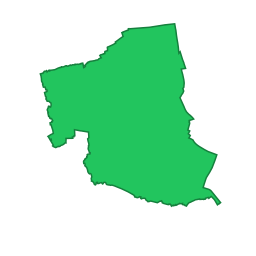 outline of Bang Len, Nakhon Pathom, Thailand, rotated 346°
{"feature_id": "78962969B43519510241877", "entity_name": "Bang Len", "entity_type": "district", "adm_level": 2, "iso_a3": "THA", "parent_name": "Thailand", "parent_adm1": "Nakhon Pathom", "projection": "albers", "projection_center": [100.172, 14.035], "detail": "fine", "context": "isolated", "style": "filled", "palette": "green", "viewbox_px": 256, "rotation_deg": 346, "n_neighbors": 0, "source": "geoboundaries", "source_scale": "gbopen_adm2", "svg_char_len": 5618}
<svg xmlns="http://www.w3.org/2000/svg" viewBox="0 0 256 256"><g transform="rotate(346 128 128)"><path d="M197.0,66.6L195.5,67.8L195.6,66.2L195.9,64.8L196.3,62.2L196.8,57.4L197.0,54.5L197.4,50.1L198.1,44.5L198.1,43.5L198.5,38.2L188.3,36.8L183.4,36.4L173.4,35.5L154.0,32.2L152.4,32.1L152.5,31.8L152.3,31.8L151.7,33.2L150.6,33.1L146.2,33.7L146.2,34.0L145.1,34.0L145.4,38.0L142.7,39.0L138.1,40.9L136.5,41.5L136.7,42.6L133.6,43.5L128.4,44.5L127.7,44.5L127.3,45.1L127.3,46.6L126.8,47.5L126.8,48.0L124.4,48.1L124.3,48.4L123.9,48.5L123.5,50.2L121.9,50.1L121.8,50.4L119.2,50.4L118.2,50.8L119.0,53.4L117.8,53.5L116.7,53.8L116.3,53.9L116.0,54.3L115.0,54.6L113.9,54.5L113.4,54.4L112.3,54.6L111.4,54.5L110.5,54.5L108.9,54.3L108.4,54.4L108.1,54.2L107.7,54.3L107.2,54.1L106.5,54.5L105.5,54.3L104.8,54.6L104.6,55.2L104.1,55.0L103.8,55.2L103.5,55.3L103.3,55.6L102.7,55.9L102.5,56.2L102.0,56.2L101.7,57.0L101.3,57.0L101.5,57.9L100.2,58.6L99.6,58.7L99.8,56.4L99.8,54.1L98.5,54.0L98.4,54.2L97.9,54.0L97.6,54.1L97.4,54.4L96.8,54.2L96.2,54.2L96.1,54.3L95.9,54.2L95.6,54.2L95.2,54.3L94.6,53.9L93.5,53.8L92.9,53.6L92.7,53.7L92.1,53.3L91.7,53.8L89.3,53.2L87.9,53.6L87.5,53.0L87.1,53.0L84.6,53.5L84.3,53.3L83.8,53.3L83.6,52.8L83.4,52.7L82.5,52.6L80.3,53.1L79.2,52.9L78.5,52.6L78.2,52.5L78.1,53.0L76.2,53.0L76.1,52.8L75.6,52.9L74.5,53.0L72.3,53.5L71.0,53.7L67.7,53.4L67.1,53.2L66.5,53.3L66.5,53.5L65.7,53.7L65.4,52.8L63.1,54.0L63.1,53.2L62.8,52.6L62.2,52.9L61.4,53.0L61.1,53.0L60.9,52.8L60.6,52.7L60.1,53.1L58.7,54.3L58.5,54.1L57.9,54.3L57.0,54.2L56.0,54.3L56.2,56.4L56.0,58.8L55.5,61.5L56.1,64.6L56.1,64.9L55.7,65.1L55.8,67.9L57.5,68.3L57.5,70.9L57.5,71.0L58.4,71.1L58.4,71.9L58.6,72.5L58.1,73.0L55.6,73.4L55.6,77.5L56.1,78.0L55.9,79.4L55.6,79.4L55.4,80.5L55.9,81.2L55.9,82.3L56.9,82.8L57.6,82.9L57.9,83.1L58.6,84.4L59.2,84.9L59.2,85.9L59.0,87.0L58.6,87.9L57.9,89.0L57.3,88.8L56.7,87.7L56.4,87.6L56.1,87.7L55.1,89.5L54.2,90.4L54.0,91.2L54.4,93.8L53.9,93.9L53.8,97.5L54.4,97.6L54.6,99.7L55.1,99.8L55.2,100.3L56.1,100.3L56.7,102.5L56.4,102.6L56.4,103.0L55.6,103.2L55.6,103.9L53.6,104.1L53.4,106.1L54.1,106.2L54.2,107.6L54.5,112.1L54.2,115.2L51.7,115.7L48.3,116.8L48.7,117.6L49.5,120.4L50.7,120.2L50.7,120.6L50.4,120.7L50.6,121.5L49.9,121.7L51.4,126.6L50.6,127.1L50.9,127.4L50.9,127.8L53.1,129.5L53.9,129.4L55.9,128.9L56.2,129.3L56.5,129.4L57.8,129.2L58.6,128.7L60.2,128.6L61.7,128.2L63.2,127.3L63.6,127.3L64.2,127.5L64.5,126.1L65.1,124.2L65.3,123.1L71.9,124.6L71.9,123.3L73.4,123.4L73.6,122.6L74.5,122.7L75.7,116.7L81.1,119.2L82.0,119.5L88.7,122.4L87.7,127.9L86.2,128.8L86.1,131.4L86.2,133.3L86.0,134.9L85.9,135.3L85.2,135.8L85.2,136.9L84.5,137.8L84.4,138.4L84.3,139.3L84.5,140.1L84.6,141.5L84.5,142.1L85.1,142.6L85.3,142.8L84.9,143.9L82.9,143.7L82.0,143.9L81.4,146.0L81.0,145.9L80.8,146.6L80.4,146.9L80.4,147.0L78.6,147.7L78.5,147.9L78.6,148.3L77.8,148.7L77.0,149.3L76.7,150.0L76.5,151.8L77.5,151.9L77.5,153.2L77.0,154.2L77.8,155.3L78.3,156.4L78.5,157.4L78.6,159.0L78.5,160.1L78.6,161.4L78.9,162.2L79.5,163.2L80.4,163.1L81.1,163.9L81.1,166.5L80.7,167.3L80.4,167.6L80.1,168.1L80.0,169.1L80.0,169.8L79.7,170.7L80.5,171.1L81.3,172.3L81.6,173.2L81.6,174.2L82.3,175.2L82.4,175.3L82.6,175.3L83.1,175.1L83.4,174.6L84.0,173.3L84.1,173.2L84.4,173.2L85.2,173.3L85.1,174.3L85.1,174.5L85.4,174.6L86.3,174.8L87.6,174.5L89.2,174.6L89.3,174.8L89.5,175.7L89.6,175.9L89.9,176.2L90.3,176.0L91.3,175.0L91.7,175.0L92.6,175.2L92.9,175.4L93.2,175.8L93.3,176.3L93.3,177.0L93.8,177.8L95.5,178.6L96.2,178.8L97.3,179.4L98.6,179.5L100.6,180.7L107.2,185.5L112.6,189.9L117.2,194.3L117.8,195.2L117.8,196.3L118.2,196.3L118.3,196.8L118.9,196.9L119.2,197.4L120.7,198.0L122.7,197.4L123.0,198.1L123.7,197.9L123.8,197.9L123.8,198.2L123.4,198.5L123.3,199.1L123.5,199.6L123.9,199.7L124.0,200.0L125.2,199.8L127.4,200.3L127.6,200.5L127.9,201.5L128.2,202.6L129.4,203.7L129.5,204.3L130.8,204.5L131.6,204.3L132.4,204.4L133.4,204.9L138.4,207.6L141.5,206.7L142.0,207.0L143.0,206.8L143.1,207.4L143.1,207.8L143.4,208.3L143.2,208.7L143.7,208.9L143.8,209.5L147.9,211.8L149.0,212.2L149.3,211.7L150.1,212.0L150.2,211.9L150.4,211.9L150.6,212.3L151.1,212.9L151.1,213.3L151.0,213.5L151.0,213.8L151.5,214.5L152.3,214.0L153.3,213.9L153.4,214.3L154.0,214.0L154.4,214.5L155.2,214.5L155.4,214.2L155.9,213.8L156.3,214.1L156.5,214.6L158.0,214.1L159.7,213.7L159.7,214.0L160.8,214.1L161.7,214.4L162.5,214.4L162.2,214.9L162.3,215.4L162.6,215.6L163.9,215.9L163.9,216.3L164.4,216.5L164.5,217.0L165.3,217.5L165.8,217.9L166.4,217.4L166.8,216.8L167.5,216.4L168.3,215.7L168.9,215.4L169.6,215.2L170.8,215.1L172.3,214.7L174.2,214.4L176.3,213.9L176.6,214.0L177.6,214.1L180.4,214.2L180.5,214.7L184.2,215.4L184.2,215.6L185.9,215.7L186.2,214.9L188.0,214.9L188.5,214.8L189.0,214.7L189.4,215.8L192.2,214.5L194.4,218.2L194.9,219.6L196.2,224.2L198.0,223.4L198.1,223.6L199.8,222.8L193.4,209.1L192.8,208.2L191.6,207.1L186.5,204.0L188.1,201.2L191.5,195.8L192.2,194.9L196.5,190.7L200.0,186.9L204.4,180.6L207.7,175.5L200.0,170.2L196.9,167.4L192.7,163.2L191.2,161.5L189.7,159.4L188.8,157.6L188.4,156.4L188.2,155.5L188.0,155.2L186.5,153.8L184.6,152.4L185.3,151.8L186.6,150.3L185.1,148.2L187.2,145.8L185.6,144.4L188.9,138.6L189.1,137.1L188.8,137.1L189.2,135.5L191.9,135.4L193.9,135.2L193.1,133.5L192.0,131.7L191.5,130.9L190.3,129.4L188.8,126.8L188.1,124.6L187.7,122.5L187.5,120.9L185.7,111.1L186.7,110.3L188.2,108.6L189.6,107.5L190.2,106.6L190.9,105.8L191.0,105.5L190.9,105.1L190.9,104.1L190.7,103.0L190.9,102.8L191.6,102.4L192.0,102.0L193.3,98.2L193.5,97.2L193.8,94.8L194.0,89.4L193.9,86.2L194.0,83.7L198.3,84.1L197.9,79.2L197.9,77.9L197.7,76.6L197.5,75.1L197.0,66.6Z" fill="#22c55e" stroke="#15803d" stroke-width="1.5"/></g></svg>